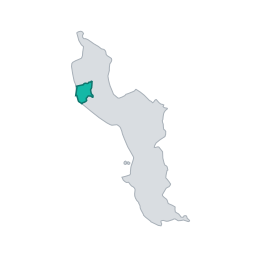 Machinga on a map of Malawi (orthographic projection), rotated 166°
{"feature_id": "MWI-1904", "entity_name": "Machinga", "entity_type": "District", "adm_level": 1, "iso_a3": "MWI", "parent_name": "Malawi", "parent_adm1": "", "projection": "orthographic", "projection_center": [35.438, -14.901], "detail": "fine", "context": "in_parent", "style": "filled", "palette": "teal", "viewbox_px": 256, "rotation_deg": 166, "n_neighbors": 0, "source": "natural_earth", "source_scale": "10m", "svg_char_len": 4214}
<svg xmlns="http://www.w3.org/2000/svg" viewBox="0 0 256 256"><g transform="rotate(166 128 128)"><path d="M99.3,148.5L97.9,146.5L96.7,147.1L95.1,148.5L94.2,148.8L93.8,148.8L93.5,148.5L93.1,147.6L91.8,145.1L90.4,143.3L88.9,142.6L87.7,141.7L88.2,140.9L88.8,140.3L88.5,139.8L87.8,138.9L85.2,137.7L85.1,137.1L87.4,136.0L88.9,134.7L89.9,133.4L91.1,130.7L92.1,127.9L92.9,127.0L93.1,125.2L92.9,123.2L93.4,120.6L93.7,118.1L92.9,117.2L92.2,115.6L93.0,112.7L94.2,110.8L100.1,108.7L104.2,106.8L105.0,106.0L106.4,104.5L107.2,102.9L106.6,102.5L103.4,102.5L102.6,101.9L100.2,96.6L101.5,90.4L101.5,88.0L101.5,85.1L101.1,82.9L100.0,82.0L99.4,80.8L99.5,77.6L100.5,77.2L102.5,73.0L103.4,70.5L102.3,68.5L101.1,65.7L100.5,63.9L100.2,63.3L101.0,62.2L102.4,61.1L104.0,60.8L105.6,60.3L110.8,55.0L110.9,54.0L109.9,52.2L107.9,49.6L107.5,48.5L107.3,45.3L106.5,44.4L103.6,42.2L101.4,40.0L102.1,37.7L102.4,35.2L101.3,33.9L99.7,32.4L98.7,30.4L98.2,28.8L96.9,28.2L95.7,28.2L94.9,29.2L93.9,29.1L92.8,28.8L92.4,27.5L92.4,26.0L91.6,25.0L90.8,23.7L90.7,23.0L91.2,22.7L92.2,22.6L96.4,25.3L99.0,25.4L101.8,25.9L104.2,28.3L105.5,28.6L107.1,28.2L111.7,27.9L113.5,28.3L115.9,29.7L116.9,29.9L118.3,29.9L118.6,29.5L118.8,28.7L118.5,27.0L118.8,26.1L119.7,25.1L122.2,26.2L128.5,31.5L128.7,32.2L132.7,37.4L134.0,39.6L134.0,40.7L135.2,45.3L135.5,47.5L135.2,49.1L135.3,50.4L135.8,52.3L135.6,53.0L137.1,55.8L137.7,58.1L137.9,60.3L137.5,62.5L136.3,65.7L136.0,67.0L136.3,68.2L137.1,69.5L138.5,70.8L139.5,72.5L140.2,74.4L140.8,75.3L141.5,75.3L142.8,75.6L143.9,76.7L145.2,78.6L145.6,80.8L145.8,81.7L142.2,81.7L137.7,82.0L136.7,82.9L136.3,84.8L134.9,88.7L134.2,90.2L132.5,92.8L130.2,96.6L129.7,97.8L129.8,99.0L131.2,104.1L132.7,109.4L133.1,111.5L134.2,118.6L134.8,123.5L134.8,126.5L135.3,130.4L136.6,132.5L138.0,133.9L143.0,134.6L144.5,135.6L147.3,138.1L153.5,145.0L156.9,149.4L159.9,153.3L165.3,160.6L169.4,166.2L169.9,171.5L170.6,172.2L169.2,176.1L168.3,182.4L168.9,186.6L168.6,193.8L167.9,201.4L166.9,204.1L165.7,205.1L162.8,205.9L156.5,206.9L155.6,207.8L154.7,209.2L153.5,212.8L152.0,216.3L151.5,217.8L151.8,218.2L153.1,220.0L154.5,224.6L154.7,232.5L154.3,233.0L152.4,233.4L150.4,233.3L149.6,232.8L148.8,232.0L148.3,230.3L149.6,229.1L150.1,227.0L149.2,225.3L147.5,224.9L145.4,223.3L140.8,218.0L137.0,214.3L134.7,211.3L132.4,210.1L131.8,209.3L131.2,208.0L131.2,206.1L131.4,204.8L130.7,203.2L128.4,200.8L127.3,199.5L127.3,197.9L128.2,196.4L130.2,194.5L131.6,190.7L132.2,188.3L134.9,183.3L135.3,179.1L135.3,175.7L135.2,173.1L134.4,167.9L133.9,164.2L130.5,159.5L129.3,159.1L126.1,159.5L123.2,160.2L121.8,161.2L119.7,161.3L114.2,162.1L112.5,162.5L111.5,163.4L110.9,163.6L107.4,159.9L104.4,156.0L100.4,149.3L99.3,148.5ZM139.4,96.3L138.4,96.5L137.9,96.0L138.0,94.6L138.3,93.5L139.3,93.3L139.9,93.6L140.4,94.1L140.4,94.9L140.1,95.7L139.4,96.3ZM137.3,93.6L136.8,95.1L135.7,95.1L134.6,93.8L135.0,92.8L136.0,92.5L136.8,92.9L137.3,93.6Z" fill="#d9dde1" stroke="#a8b0b8" stroke-width="1"/><path d="M166.9,162.7L167.8,163.9L169.1,165.2L169.4,165.6L169.6,166.1L169.8,171.8L170.0,172.1L170.3,172.1L170.9,172.1L169.9,174.4L169.2,176.2L167.9,179.2L167.7,179.9L167.7,180.5L167.8,181.0L161.0,180.8L160.9,181.0L160.5,181.2L160.3,181.4L159.9,181.6L159.4,181.7L159.0,181.8L158.7,181.8L158.2,181.6L156.9,181.1L156.4,181.0L156.1,181.0L155.8,181.1L155.6,181.2L155.1,181.7L154.8,181.9L154.6,181.9L154.3,181.8L153.8,181.7L153.4,181.6L153.1,181.6L152.9,181.8L152.7,182.0L152.4,182.2L152.1,182.2L151.9,182.1L151.8,181.9L151.6,181.5L151.8,181.3L152.0,180.8L152.1,180.2L152.5,179.2L152.6,178.5L153.1,177.5L153.2,177.3L153.2,176.8L153.3,176.6L153.4,176.3L154.2,175.0L154.6,174.7L154.9,174.5L155.1,173.9L155.3,171.7L155.3,170.4L155.0,169.2L154.4,168.5L154.3,168.3L154.3,168.2L154.2,167.9L154.2,167.7L154.2,167.4L154.3,167.2L154.4,166.8L154.5,166.6L154.6,166.4L154.8,166.4L154.9,166.5L155.1,166.5L155.7,167.1L156.0,167.4L156.2,167.9L156.4,168.0L156.6,168.1L156.9,168.1L158.2,168.6L158.6,168.7L159.0,168.6L159.4,168.4L160.1,167.7L160.5,167.4L160.8,167.3L161.0,167.2L161.3,166.8L161.5,166.5L161.5,166.1L161.4,165.2L161.4,164.8L161.8,164.4L162.2,164.2L162.8,163.9L164.1,163.6L164.7,163.5L165.5,163.5L166.1,163.3L166.8,162.7L166.9,162.7Z" fill="#14b8a6" stroke="#0f766e" stroke-width="1.5"/></g></svg>